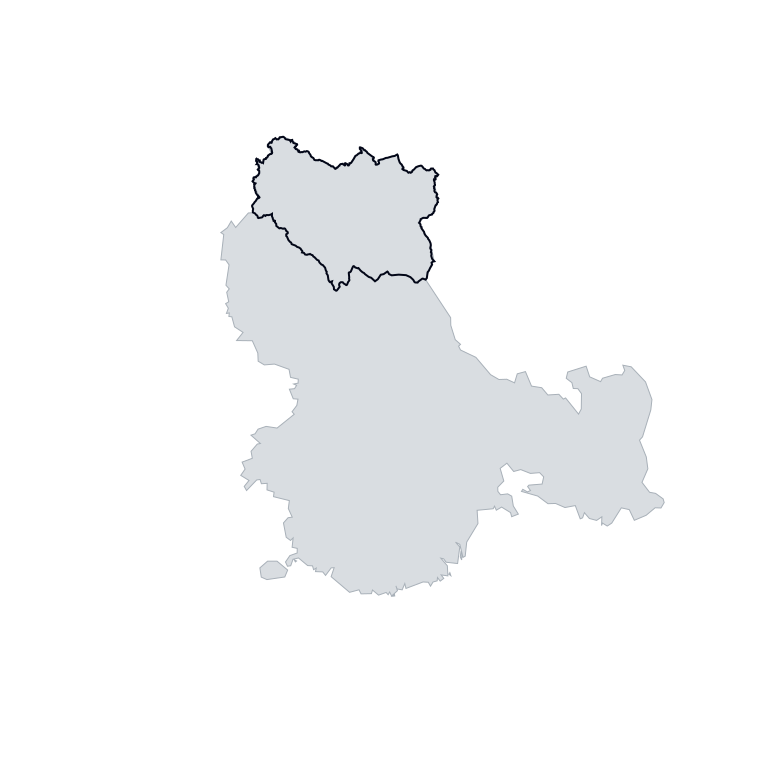 China, with Xinjiang highlighted, rotated 54°
{"feature_id": "CHN-1756", "entity_name": "Xinjiang", "entity_type": "Autonomous Region", "adm_level": 1, "iso_a3": "CHN", "parent_name": "China", "parent_adm1": "", "projection": "equal_earth", "projection_center": [83.367, 41.753], "detail": "fine", "context": "in_parent", "style": "outline", "palette": "ink", "viewbox_px": 768, "rotation_deg": 54, "n_neighbors": 0, "source": "natural_earth", "source_scale": "10m", "svg_char_len": 9820}
<svg xmlns="http://www.w3.org/2000/svg" viewBox="0 0 768 768"><g transform="rotate(54 384 384)"><path d="M450.5,553.2L437.3,547.0L435.8,540.2L437.8,536.5L428.5,534.6L422.7,529.1L410.2,539.6L406.9,536.5L400.9,540.9L395.7,536.9L392.6,541.8L388.4,540.4L386.8,543.4L389.4,557.8L384.7,557.3L382.7,549.9L373.7,553.6L371.2,546.4L363.8,544.7L366.7,534.2L360.3,531.1L358.1,521.8L359.5,519.0L347.2,521.7L348.5,517.6L346.5,512.4L349.0,504.3L356.8,496.4L355.7,474.4L352.4,474.7L350.1,467.1L345.7,462.5L342.6,466.1L332.6,463.6L335.2,459.1L333.7,455.5L330.9,457.1L332.8,453.0L329.7,450.5L323.7,455.7L316.3,452.2L303.5,460.9L298.2,469.6L291.6,472.4L284.8,467.9L271.6,465.1L262.2,477.7L259.4,467.7L249.9,471.3L240.2,467.6L238.2,469.8L235.6,467.4L234.3,470.0L231.2,465.4L225.9,464.9L226.2,461.3L217.3,457.3L216.1,453.3L211.2,453.8L196.5,439.3L190.6,439.2L187.7,443.0L168.9,425.8L165.6,427.0L165.5,418.8L162.4,411.8L170.2,412.0L165.9,393.2L168.2,389.7L161.9,385.3L159.9,375.2L142.8,371.2L140.5,368.3L140.0,360.9L126.8,355.0L133.7,352.0L131.8,349.4L131.6,339.8L122.3,337.4L121.2,327.3L123.8,325.8L124.8,320.3L132.6,315.1L139.1,313.4L140.1,317.2L145.8,316.7L151.4,308.8L162.3,308.2L167.9,302.5L181.3,296.9L180.8,289.7L184.1,287.3L182.8,285.3L186.4,284.0L182.7,273.3L183.9,266.3L178.7,264.3L194.6,259.1L201.7,261.6L202.5,258.3L200.0,256.3L206.2,238.7L221.3,242.6L227.2,240.0L228.8,226.3L236.1,224.0L238.8,217.9L246.6,217.1L248.2,223.7L268.3,233.3L275.0,245.5L272.3,257.1L274.3,260.8L297.4,263.7L313.9,271.2L313.8,273.9L324.1,289.0L369.5,291.1L375.8,295.5L390.0,300.3L396.9,298.8L397.2,301.4L401.5,302.1L416.5,294.0L439.1,292.3L447.9,288.4L452.3,281.9L459.8,277.7L454.1,270.2L457.1,262.3L472.4,265.9L479.7,258.6L489.2,257.9L495.1,248.6L501.6,247.8L502.0,245.3L522.7,244.3L520.2,239.1L507.9,229.9L501.7,229.9L498.9,233.5L493.4,231.2L486.5,233.2L482.3,228.3L488.4,210.0L499.1,213.4L509.4,207.4L507.8,203.8L512.3,191.3L516.6,186.1L514.6,181.3L509.2,179.7L515.4,173.9L536.0,171.2L554.1,176.4L561.8,183.4L578.7,205.9L579.6,210.3L597.2,214.7L607.7,220.4L615.2,233.1L627.7,232.8L632.1,228.6L641.0,225.7L644.6,227.0L647.1,232.8L643.5,237.4L644.3,249.1L641.4,261.6L629.8,259.4L623.7,264.8L630.4,281.5L630.1,286.9L624.9,289.0L626.4,291.2L619.5,285.8L619.3,292.2L613.5,296.9L605.9,297.5L609.0,302.0L608.4,304.5L594.8,300.7L590.3,310.2L581.5,315.4L577.2,321.7L565.0,325.5L551.7,335.9L550.8,333.6L555.6,331.4L556.3,328.1L551.4,328.1L551.0,326.2L557.9,314.9L553.0,309.4L547.2,310.2L542.4,318.1L533.6,323.7L531.0,330.5L520.3,331.1L520.5,339.6L532.9,344.1L534.4,352.7L537.8,355.0L542.1,354.8L545.6,348.5L549.8,346.6L558.7,351.1L568.2,351.8L566.4,358.7L562.4,357.2L552.7,361.2L552.1,367.3L547.8,366.4L549.1,369.0L540.9,382.9L552.1,390.0L560.5,410.0L571.0,419.5L570.7,422.0L558.3,416.9L554.0,419.1L560.4,418.5L572.5,430.0L564.7,438.5L560.5,438.5L558.3,440.4L568.3,439.6L576.8,445.1L572.0,450.0L576.4,449.9L576.5,454.4L572.0,454.5L574.5,456.7L573.0,460.7L574.9,465.2L570.4,464.7L567.1,468.8L562.3,486.4L557.7,484.5L561.2,490.3L557.5,493.9L554.3,493.0L559.1,494.6L560.0,502.5L555.6,501.7L556.9,504.5L553.9,504.8L551.6,512.5L543.9,514.4L546.2,517.4L540.3,525.9L535.8,525.2L532.3,534.3L508.8,540.0L503.3,532.3L501.7,534.8L504.5,543.8L500.0,544.0L495.5,549.7L493.1,547.0L492.8,550.1L489.1,548.7L486.0,552.5L474.5,555.4L472.3,560.6L476.2,566.3L474.7,569.2L470.1,568.3L467.5,561.0L469.7,553.6L466.0,550.8L462.1,554.3L455.1,548.0L455.6,551.6L450.5,553.2ZM477.9,571.3L481.8,577.7L473.4,593.7L468.1,596.8L459.8,592.5L458.9,582.3L464.4,574.7L477.9,571.3ZM572.0,424.6L568.7,423.9L565.3,420.7L567.8,421.3L572.0,424.6ZM578.4,442.6L576.0,443.3L575.3,441.6L578.4,442.6ZM561.8,499.9L560.6,502.0L560.6,499.3L561.8,499.9ZM473.5,559.9L475.8,558.8L475.8,560.3L473.5,559.9Z" fill="#d9dde1" stroke="#a8b0b8" stroke-width="1"/><path d="M158.4,375.8L157.7,375.0L156.4,375.5L153.8,375.3L152.9,374.6L151.6,374.6L150.9,374.0L149.4,373.9L148.9,373.2L148.2,373.2L147.4,372.3L146.4,371.9L146.2,371.5L146.4,370.5L146.2,370.0L144.9,370.9L142.7,371.2L142.1,369.1L140.8,368.8L140.3,368.1L140.4,367.5L141.0,367.0L141.0,366.4L141.5,366.0L141.1,365.2L141.2,363.2L140.1,361.0L138.3,359.7L137.6,359.5L137.0,359.8L136.9,360.1L136.3,360.1L135.9,358.0L135.3,357.6L134.2,357.3L133.4,356.8L131.8,357.1L131.3,357.8L131.1,357.2L130.6,356.5L129.9,356.5L129.4,356.0L128.3,356.4L127.7,355.7L126.9,355.2L126.8,354.7L127.6,354.6L128.0,353.9L129.1,353.9L130.1,353.1L130.7,354.1L131.6,353.9L132.1,353.3L133.2,352.9L133.5,352.1L134.1,351.9L131.7,349.5L131.7,348.8L132.5,347.4L131.8,346.7L132.1,346.1L131.9,345.9L131.8,344.4L131.0,343.7L131.0,341.1L131.6,340.1L131.6,339.1L131.0,338.4L130.4,338.4L130.0,337.9L127.0,336.6L126.1,336.9L125.3,336.6L124.9,337.3L124.4,337.5L124.6,338.1L124.5,338.3L123.5,338.3L122.3,337.4L121.8,336.0L121.8,335.1L121.4,334.2L121.7,333.7L122.6,333.5L122.8,333.2L122.6,332.8L121.7,331.9L121.4,331.0L120.9,330.2L121.3,328.5L121.2,327.4L123.1,327.0L123.4,326.2L123.9,325.8L123.7,324.2L123.2,323.8L123.1,323.3L124.3,321.2L124.5,320.6L124.9,320.1L126.4,319.6L127.6,319.8L128.2,319.6L131.3,316.9L132.8,317.0L132.1,315.9L132.6,314.8L134.1,315.5L135.3,315.3L135.8,315.6L138.8,313.4L139.4,313.6L139.6,315.0L140.0,315.5L139.7,316.3L140.1,317.4L140.9,317.2L142.1,317.3L142.6,316.6L143.5,316.2L144.3,316.5L145.2,315.6L145.5,315.7L145.7,316.6L145.9,316.7L147.3,315.7L148.1,314.1L148.6,313.6L148.9,311.8L150.0,310.8L150.1,309.7L150.9,308.9L152.3,308.5L153.3,308.9L155.2,308.8L156.7,309.3L158.0,309.1L159.6,308.3L161.8,308.6L162.9,307.7L163.7,306.4L164.3,305.9L164.3,305.0L164.5,304.6L165.8,303.7L166.8,303.5L167.2,302.8L172.0,300.5L172.8,299.9L173.7,300.0L175.7,298.9L176.9,298.8L177.8,297.4L181.3,297.0L181.5,296.4L181.1,295.2L181.6,294.6L181.0,292.3L181.2,291.7L180.7,291.0L180.6,289.9L181.6,287.9L182.3,287.9L184.2,287.2L184.2,286.8L182.7,286.1L182.5,285.8L182.6,285.5L184.9,284.3L185.9,284.7L186.2,284.5L186.4,284.1L186.0,282.7L185.1,282.1L185.8,280.6L183.8,275.4L183.3,274.7L183.1,273.8L182.6,273.0L182.9,271.7L182.6,269.2L183.1,267.5L182.8,267.0L184.0,266.4L184.0,266.1L181.9,265.1L179.7,265.4L178.6,264.7L178.4,264.5L178.6,264.1L180.7,262.7L183.2,262.5L183.7,261.9L184.5,261.9L185.9,261.4L187.3,261.6L193.3,259.7L194.3,259.1L195.0,259.2L195.2,259.6L195.4,260.8L196.8,261.4L199.4,260.4L200.2,260.7L201.4,261.7L201.9,261.6L202.6,260.2L202.7,258.4L201.7,257.8L200.4,257.6L199.8,257.0L200.5,254.8L201.5,252.9L202.2,249.6L203.1,248.1L204.6,243.7L205.8,241.3L206.1,238.4L207.2,238.4L210.4,240.0L213.7,241.0L215.1,241.1L216.8,240.7L219.0,241.0L220.2,240.9L221.0,241.6L220.7,242.5L220.9,242.8L222.4,242.4L225.0,240.3L227.4,240.1L227.8,238.7L228.7,238.4L228.9,237.7L228.8,236.5L228.0,235.3L228.1,233.8L227.4,230.6L228.0,228.2L229.0,225.8L229.6,225.3L231.5,225.1L233.0,225.2L234.0,224.5L235.1,224.4L236.2,224.0L236.5,223.3L237.7,222.0L237.6,221.2L238.0,220.6L237.4,219.8L237.3,219.4L238.5,217.7L239.5,217.9L240.7,217.5L243.1,218.1L243.7,217.9L244.0,217.6L246.6,217.1L246.8,217.8L246.7,218.6L247.1,218.8L247.1,219.2L246.2,219.7L246.0,220.3L246.5,220.6L246.7,221.2L248.1,221.5L248.8,222.0L248.8,222.4L247.8,223.2L248.2,223.7L250.9,224.6L251.9,225.4L252.6,225.5L253.2,226.0L253.2,226.8L253.5,227.6L254.5,227.9L255.3,228.6L256.3,228.6L257.4,229.8L258.9,230.0L260.0,229.3L261.6,229.4L261.9,229.5L262.0,230.1L262.4,230.3L262.6,230.8L263.2,231.1L263.5,231.7L264.6,231.7L265.0,231.4L265.1,231.0L265.9,231.0L266.3,232.4L267.0,232.9L268.6,233.5L268.5,233.9L269.0,234.8L269.5,235.3L269.6,236.3L269.9,236.5L269.8,237.3L272.0,240.5L273.6,241.3L274.0,242.2L274.0,242.8L274.7,243.6L274.7,245.2L275.1,245.5L274.0,248.4L274.5,249.9L274.9,250.5L275.0,251.6L272.6,254.6L272.2,257.5L273.1,258.3L273.6,259.7L274.2,260.2L274.3,260.9L275.9,260.6L276.6,260.8L277.6,261.6L278.6,261.7L279.2,261.4L280.1,262.2L284.5,262.2L286.1,262.9L288.3,263.1L291.5,262.6L292.4,263.0L294.3,262.9L297.5,263.6L299.2,264.5L301.2,266.7L302.3,267.0L303.4,266.9L304.9,268.6L305.7,268.6L307.1,269.4L308.1,270.5L311.1,271.5L314.3,271.2L313.7,272.6L313.8,274.2L315.7,274.9L317.3,278.6L318.7,281.1L319.2,283.0L323.5,287.1L324.0,289.0L321.6,290.6L321.3,291.1L321.3,295.8L321.7,297.2L320.2,299.1L319.4,299.4L316.9,299.1L313.1,299.8L308.9,302.2L304.2,307.8L300.6,313.9L298.1,315.3L295.8,315.0L295.0,315.2L294.9,319.7L293.7,322.4L295.6,327.4L295.6,330.9L290.5,331.9L288.4,333.4L283.9,334.8L282.5,334.9L281.0,335.7L278.4,336.3L275.2,336.5L275.0,337.2L272.8,338.8L271.2,339.0L270.8,339.3L270.7,339.7L271.1,340.7L273.5,344.7L273.6,345.7L273.2,346.6L273.4,347.2L277.2,349.4L278.2,350.3L279.6,350.9L279.9,351.4L280.4,353.1L281.8,355.3L282.0,356.1L281.7,356.5L280.8,356.7L279.0,357.5L277.4,357.6L276.4,358.9L276.2,359.4L276.4,360.9L277.0,361.7L277.7,362.2L279.3,362.7L280.6,367.1L280.4,367.9L278.0,368.8L275.9,367.5L271.6,367.2L270.4,365.7L269.7,367.9L268.9,368.0L267.2,367.8L263.0,365.6L260.7,365.5L259.4,364.3L258.2,364.4L255.3,363.3L251.7,363.6L250.6,364.4L247.7,364.8L245.7,364.3L244.2,365.2L240.5,365.7L239.4,366.2L237.7,366.1L237.1,366.7L235.3,367.4L235.1,368.4L234.5,369.1L234.2,370.4L232.9,371.7L230.9,371.7L229.4,373.0L229.0,372.3L228.2,371.9L226.7,372.1L225.5,371.9L223.5,372.6L222.1,373.7L220.1,374.2L216.6,376.5L215.0,376.0L213.8,376.5L211.4,376.7L207.8,375.9L206.8,376.1L205.4,375.1L205.5,373.7L205.3,373.0L204.1,372.6L203.0,373.1L200.3,372.7L199.4,373.3L199.1,374.4L197.1,375.8L196.8,376.8L196.5,377.2L192.8,378.2L191.1,377.1L189.2,377.2L187.9,376.3L187.6,376.6L187.5,377.3L187.0,377.5L186.1,376.9L185.0,376.9L184.2,376.4L182.5,376.1L180.5,374.6L180.4,376.0L179.6,378.0L178.1,380.0L178.3,380.7L178.3,381.2L177.2,381.6L176.8,382.1L177.1,383.4L177.5,384.2L177.5,384.8L175.9,388.1L175.3,388.3L174.1,387.7L173.0,387.6L171.7,388.1L170.4,388.0L168.1,389.2L166.7,388.3L165.4,386.9L162.8,386.3L162.0,385.7L161.3,382.9L160.8,381.8L160.6,380.4L159.5,377.8L160.0,375.5L159.9,375.1L159.4,375.0L158.4,375.8Z" fill="none" stroke="#020617" stroke-width="2"/></g></svg>